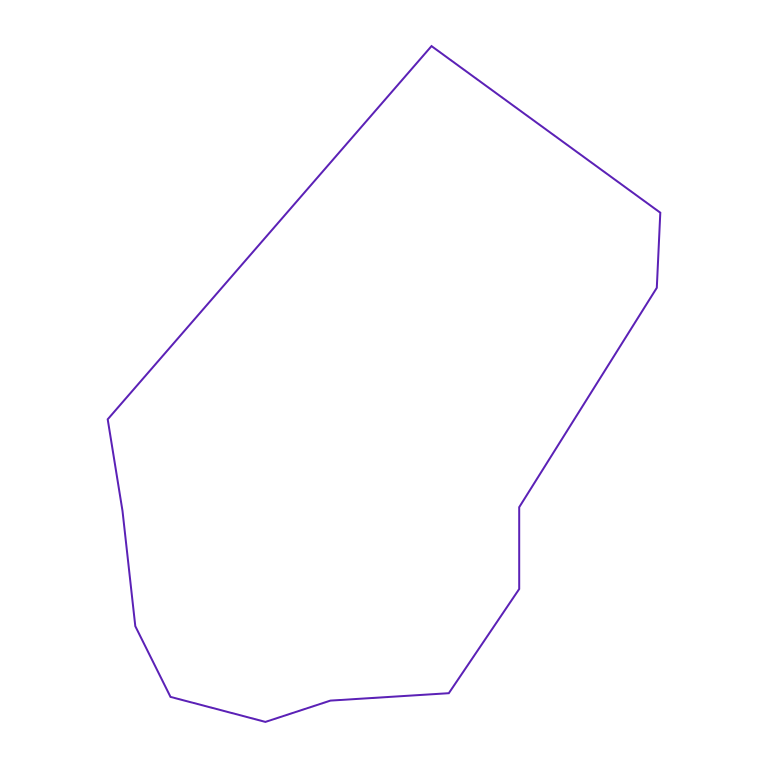 Gaborone, Robinson projection
{"feature_id": "BWA-5501", "entity_name": "Gaborone", "entity_type": "City", "adm_level": 1, "iso_a3": "BWA", "parent_name": "Botswana", "parent_adm1": "", "projection": "robinson", "projection_center": [25.92, -24.612], "detail": "fine", "context": "isolated", "style": "outline", "palette": "violet", "viewbox_px": 768, "rotation_deg": 0, "n_neighbors": 0, "source": "natural_earth", "source_scale": "10m", "svg_char_len": 282}
<svg xmlns="http://www.w3.org/2000/svg" viewBox="0 0 768 768"><path d="M107.7,419.3L431.5,46.1L660.3,212.7L656.8,287.8L519.2,507.2L519.2,589.0L448.8,693.2L330.4,700.6L265.4,721.9L170.5,696.9L135.3,626.2L122.5,510.9L107.7,419.3Z" fill="none" stroke="#5b21b6" stroke-width="2"/></svg>